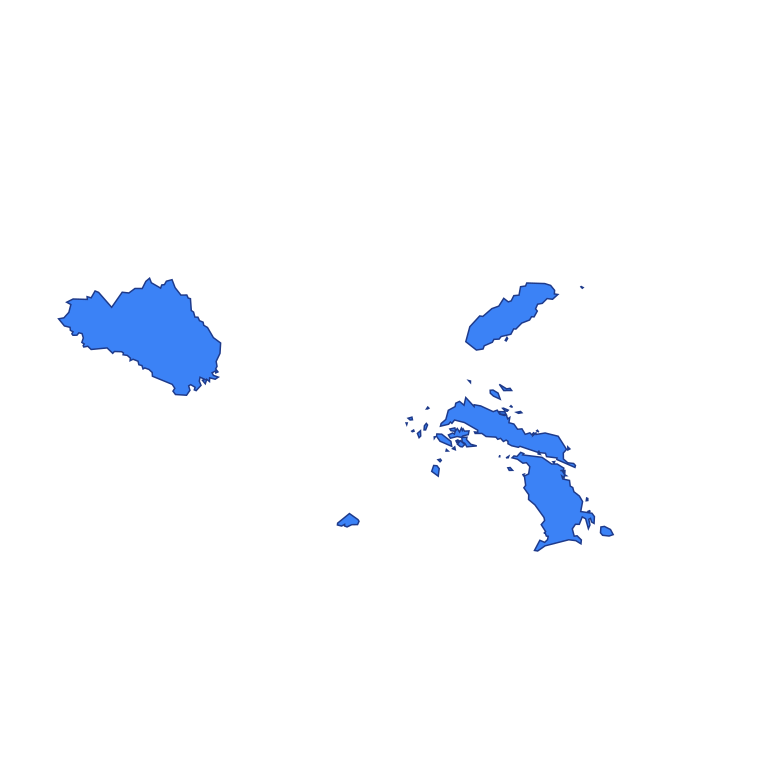 Nias Selatan, Sumatera Utara, Indonesia, rotated 322°
{"feature_id": "22746128B70987165350034", "entity_name": "Nias Selatan", "entity_type": "district", "adm_level": 2, "iso_a3": "IDN", "parent_name": "Indonesia", "parent_adm1": "Sumatera Utara", "projection": "albers", "projection_center": [98.287, 0.198], "detail": "fine", "context": "isolated", "style": "filled", "palette": "blue", "viewbox_px": 768, "rotation_deg": 322, "n_neighbors": 0, "source": "geoboundaries", "source_scale": "gbopen_adm2", "svg_char_len": 6187}
<svg xmlns="http://www.w3.org/2000/svg" viewBox="0 0 768 768"><g transform="rotate(322 384 384)"><path d="M191.3,125.6L184.3,124.2L186.2,128.6L179.8,133.5L172.5,134.8L167.7,132.3L167.9,141.5L171.5,146.1L169.9,148.6L171.1,151.4L168.9,152.3L168.9,154.1L172.1,156.5L175.1,155.8L177.1,158.4L175.4,162.6L171.5,165.2L172.4,167.9L170.5,168.6L170.2,170.0L173.8,171.9L174.5,176.5L188.0,185.1L189.1,192.8L191.6,192.4L197.1,197.0L197.8,199.1L196.4,200.3L199.3,203.4L200.1,207.5L198.3,209.3L201.5,210.0L204.2,214.6L202.7,217.9L204.6,220.4L203.4,223.8L205.4,224.1L207.8,227.9L208.4,232.2L206.3,235.3L216.9,253.9L216.5,258.6L213.3,259.7L213.2,263.9L221.5,271.3L227.2,269.5L228.9,265.2L231.3,265.5L233.1,270.3L230.9,271.8L231.9,273.6L239.0,272.4L240.2,268.0L243.2,265.4L245.8,270.3L243.2,269.3L243.3,273.8L247.2,271.2L248.0,274.6L250.4,271.8L253.9,276.3L257.7,276.6L254.9,272.2L255.4,269.3L259.3,270.0L258.3,271.7L260.6,272.2L260.6,268.5L263.3,267.3L265.6,262.9L273.6,258.9L280.5,251.1L278.1,242.4L279.7,230.8L278.1,226.8L279.5,223.9L277.6,220.5L278.5,216.8L276.2,214.9L278.2,210.1L277.4,207.4L284.0,197.6L282.6,195.7L283.4,192.5L278.7,188.9L278.7,179.4L281.2,171.3L275.8,169.0L272.2,170.5L269.8,169.1L267.0,170.9L263.0,161.0L264.4,156.3L259.5,156.5L252.3,159.9L246.6,155.4L239.0,155.2L234.2,150.5L216.6,155.9L215.5,136.1L213.6,132.8L206.3,135.8L203.8,132.4L202.3,134.7L191.3,125.6ZM444.2,523.0L442.1,520.7L439.5,521.0L442.9,525.5L444.7,531.9L447.8,533.7L448.0,538.9L442.6,543.9L438.0,542.9L433.2,551.1L430.3,551.9L429.9,560.3L426.8,564.0L428.5,572.2L427.9,587.7L426.5,590.5L421.3,591.6L420.5,599.8L418.0,600.1L419.3,600.6L418.3,603.8L419.6,605.1L417.1,607.3L413.1,607.7L410.6,603.1L400.1,607.8L402.3,610.2L411.3,610.7L433.7,620.5L438.7,625.5L440.8,631.2L443.5,628.4L442.7,622.5L440.2,621.0L443.2,614.1L448.5,612.4L451.5,614.8L458.4,610.8L459.9,614.3L456.0,623.8L459.5,621.9L462.1,616.7L464.0,617.0L462.6,620.5L463.7,623.2L468.2,618.0L468.3,613.9L460.5,605.6L468.1,598.9L469.0,592.6L467.3,585.8L469.0,581.8L467.9,579.1L470.8,574.2L466.4,568.9L467.5,566.0L468.2,568.7L469.6,567.4L471.2,568.5L470.6,566.7L473.3,563.6L472.0,562.8L470.7,564.6L471.0,561.8L469.6,560.8L472.5,562.4L473.9,561.0L471.2,553.7L466.8,550.2L463.4,539.1L449.7,525.3L451.3,524.9L449.6,522.0L444.2,523.0ZM432.8,444.2L428.7,443.3L426.1,445.6L418.5,444.3L410.9,450.0L404.7,450.3L402.5,452.0L410.2,455.5L412.9,454.8L413.3,456.8L417.4,455.8L423.6,463.8L429.4,478.1L428.2,479.7L425.8,477.5L425.4,479.1L430.7,483.2L432.1,488.2L439.5,494.8L439.6,497.6L442.4,498.6L442.7,502.8L445.7,503.4L446.4,505.5L444.9,507.4L446.6,511.3L450.9,516.6L452.8,516.8L463.3,532.8L465.2,532.0L463.9,533.4L468.6,538.0L467.4,541.3L474.8,548.8L473.7,549.9L483.1,567.3L484.7,566.1L484.5,563.4L480.3,559.2L479.2,553.6L482.8,548.8L487.6,547.9L489.1,532.4L480.8,521.8L472.8,517.4L473.6,516.1L469.8,516.3L472.5,514.4L469.2,515.0L468.9,512.3L464.3,510.6L465.1,504.3L461.4,501.9L461.7,495.5L458.6,491.4L462.5,487.8L460.0,487.6L461.3,483.8L459.5,483.0L456.6,479.0L457.1,474.3L453.0,473.0L446.7,460.8L442.3,455.9L441.1,457.2L440.1,445.0L434.0,450.0L432.8,444.2ZM501.3,389.3L486.9,391.7L474.5,401.0L477.7,414.1L483.6,417.4L486.5,415.6L495.1,417.8L498.1,416.5L502.4,419.5L505.5,418.7L514.6,422.9L520.1,420.4L521.8,421.9L530.1,420.8L538.1,423.2L541.7,421.8L543.6,423.5L549.7,420.9L549.7,418.1L554.2,415.7L558.4,417.9L565.1,417.1L569.0,421.0L576.1,420.5L573.7,417.9L576.1,415.2L576.0,408.9L572.5,403.8L558.7,392.3L555.9,393.9L551.5,391.4L545.1,397.1L540.7,394.3L535.4,396.8L532.5,395.8L531.1,390.2L522.4,393.3L515.4,391.0L503.5,391.6L501.3,389.3ZM277.0,464.8L261.8,465.1L260.5,466.4L263.1,469.8L266.5,470.4L265.5,471.6L266.9,473.9L272.0,475.0L276.6,478.5L279.8,476.8L280.0,474.8L277.0,464.8ZM408.2,460.0L408.0,462.0L411.0,465.2L408.6,466.7L408.0,464.9L403.4,463.8L402.9,467.6L409.3,470.4L412.0,473.6L414.3,473.5L419.2,475.8L422.1,473.3L418.4,470.7L418.7,468.0L417.1,468.8L417.8,466.4L414.0,468.3L414.3,464.2L411.7,464.9L412.8,462.2L408.2,460.0ZM466.9,630.2L463.0,634.5L463.1,637.8L467.8,642.4L471.9,643.8L472.9,638.1L470.0,631.9L466.9,630.2ZM401.4,470.4L398.6,459.1L394.9,455.9L393.2,457.5L392.9,463.6L399.0,474.8L401.4,470.4ZM416.6,477.0L412.4,474.1L410.0,477.6L411.2,480.7L410.6,484.5L419.0,489.9L415.3,484.9L414.8,478.5L416.6,477.0ZM370.0,490.0L375.4,484.7L375.4,481.0L373.0,478.8L367.8,482.2L370.0,490.0ZM468.3,461.4L466.2,455.9L463.8,454.3L462.1,456.7L462.8,460.9L466.2,467.5L468.3,461.4ZM409.3,475.7L404.8,476.6L405.6,480.3L407.0,481.8L410.5,481.4L409.3,475.7ZM474.7,455.3L474.3,462.9L480.6,467.7L480.7,465.0L477.6,463.3L474.7,455.3ZM384.0,443.3L379.9,443.5L378.6,447.9L380.9,447.6L384.0,443.3ZM461.5,483.5L462.0,480.2L457.7,476.6L457.2,479.3L461.5,483.5ZM388.5,445.8L393.1,443.1L393.1,441.1L390.1,441.8L387.3,444.8L388.5,445.8ZM384.4,429.7L385.6,427.3L381.9,425.8L382.4,428.4L384.4,429.7ZM432.2,531.2L432.0,527.5L430.0,526.3L429.5,529.2L432.2,531.2ZM382.1,479.5L382.2,477.9L379.9,476.9L380.3,479.8L382.1,479.5ZM401.0,477.1L398.2,477.2L399.7,479.7L401.0,477.1ZM465.8,481.1L463.3,476.6L462.5,476.2L462.8,479.6L464.3,481.3L465.8,481.1ZM474.9,491.5L474.7,489.7L470.9,487.8L471.9,489.9L474.9,491.5ZM506.8,425.3L509.4,424.3L509.6,422.9L506.4,424.2L506.8,425.3ZM490.5,549.6L490.1,546.7L488.3,549.2L490.5,549.6ZM472.9,601.3L474.1,599.7L473.5,598.6L471.5,600.5L472.9,601.3ZM391.6,475.0L393.3,476.3L392.9,474.0L391.6,475.0ZM405.7,473.1L405.3,474.9L408.1,474.6L407.7,473.5L405.7,473.1ZM404.5,430.7L404.3,429.1L402.1,429.8L403.0,430.5L404.5,430.7ZM453.0,436.1L454.0,434.9L452.8,433.4L453.0,436.1ZM469.4,551.0L470.8,550.2L469.2,549.3L469.4,551.0ZM378.6,439.7L379.0,438.5L376.8,438.2L376.9,439.0L378.6,439.7ZM390.2,457.8L392.0,457.2L391.0,456.6L390.2,457.8ZM436.5,518.6L437.9,517.7L434.7,517.4L436.5,518.6ZM476.4,517.2L476.4,514.9L475.6,514.9L476.4,517.2ZM376.9,430.0L378.3,429.0L377.4,428.3L376.9,430.0ZM463.7,535.6L463.7,534.3L462.0,533.6L463.7,535.6ZM600.3,430.6L599.4,428.6L599.0,428.6L599.2,430.6L600.3,430.6ZM466.5,610.0L466.9,611.3L468.0,611.0L468.0,610.4L466.5,610.0ZM470.9,481.5L470.7,479.3L469.7,479.5L470.9,481.5ZM430.4,512.6L431.5,511.4L430.1,512.3L430.4,512.6ZM437.5,541.8L438.8,541.3L437.7,540.9L437.5,541.8Z" fill="#3b82f6" stroke="#1e3a8a" stroke-width="1.5"/></g></svg>